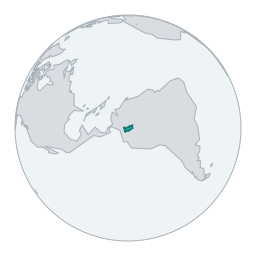 the Earth from above Caquetá, rotated 305°
{"feature_id": "COL-1403", "entity_name": "Caquetá", "entity_type": "Intendancy", "adm_level": 1, "iso_a3": "COL", "parent_name": "Colombia", "parent_adm1": "", "projection": "orthographic", "projection_center": [-73.824, 1.133], "detail": "fine", "context": "on_globe", "style": "filled", "palette": "teal", "viewbox_px": 256, "rotation_deg": 305, "n_neighbors": 0, "source": "natural_earth", "source_scale": "10m", "svg_char_len": 8655}
<svg xmlns="http://www.w3.org/2000/svg" viewBox="0 0 256 256"><g transform="rotate(305 128 128)"><circle cx="128" cy="128" r="113" fill="#eef3f6" stroke="#a8b0b8"/><path d="M81.9,25.2L82.4,25.1L86.4,23.3L86.6,23.3L92.3,21.4L92.0,23.3L97.4,22.3L103.1,24.7L104.9,23.8L108.1,24.6L111.4,23.9L111.5,24.9L114.0,23.6L113.2,22.8L114.1,22.1L115.9,21.7L116.4,22.8L115.5,23.1L116.6,23.3L116.1,24.0L117.4,23.4L117.8,25.0L120.1,23.0L122.7,23.9L122.2,25.1L118.7,25.5L108.9,30.6L107.3,32.6L108.6,34.6L118.5,36.8L118.3,39.1L120.5,41.6L122.3,39.9L121.2,37.4L125.1,35.3L123.2,32.8L124.5,31.7L124.1,29.3L128.0,29.2L132.0,30.5L132.6,32.7L134.4,33.4L137.0,31.2L141.0,35.5L148.9,39.0L149.5,40.4L145.2,42.8L137.3,42.9L131.7,47.4L139.2,44.1L140.7,48.2L142.5,48.9L144.7,48.7L145.7,47.1L147.0,48.6L140.0,52.0L138.7,50.7L140.9,49.5L137.3,49.7L132.6,52.7L133.7,54.8L125.4,58.1L126.1,59.8L124.7,61.7L124.1,58.6L125.0,64.3L115.4,71.1L116.4,82.0L111.2,73.7L106.8,72.9L101.5,73.3L101.6,75.0L94.5,74.0L88.0,78.0L85.6,86.9L87.9,93.6L95.8,93.6L98.2,89.6L104.0,88.7L99.8,99.2L109.9,100.5L108.8,108.5L111.8,112.6L116.9,111.4L122.1,113.3L125.9,108.5L132.0,105.9L132.1,112.4L135.5,106.4L138.9,109.6L150.9,109.2L150.0,110.7L160.1,118.4L171.0,121.8L173.5,126.6L172.2,129.6L176.0,130.5L176.0,132.4L190.7,135.5L197.9,140.5L197.6,147.3L191.2,155.2L184.7,171.8L173.1,177.2L169.7,183.8L159.8,193.3L152.8,192.6L154.4,197.3L150.1,200.1L145.5,200.3L144.3,203.6L140.9,203.6L142.9,205.8L137.0,209.9L138.3,213.3L133.8,216.6L134.8,218.5L133.2,218.5L131.5,219.2L131.3,220.2L126.6,218.4L125.7,214.0L127.6,211.8L125.5,211.4L129.6,205.6L127.3,206.8L128.4,197.8L132.0,190.3L134.8,168.2L132.4,163.7L123.8,158.6L113.5,142.2L116.3,135.4L114.1,132.3L121.5,122.7L119.5,113.9L116.9,112.7L114.3,116.0L105.2,110.7L102.1,104.2L75.0,94.5L72.4,91.4L72.6,86.1L65.3,70.1L67.7,85.3L64.5,82.5L62.3,77.1L64.0,75.6L63.0,67.9L60.4,65.3L61.7,56.2L69.7,45.0L70.3,46.5L72.2,44.0L71.6,42.1L70.7,41.5L76.4,33.0L75.5,29.9L71.5,31.5L75.3,29.5L65.3,34.8L62.4,36.4L67.9,33.1L70.3,31.7L69.5,31.8L71.7,30.5L72.6,29.9L75.3,28.5L78.3,27.0L80.1,26.2L79.4,26.4L80.4,25.9L81.9,25.2ZM22.5,91.8L23.4,89.3L23.1,90.7L22.5,91.8ZM23.7,87.9L23.4,88.7L23.6,88.0L23.7,87.9ZM23.7,87.5L23.7,87.8L23.6,87.7L23.7,87.5ZM115.7,85.8L127.3,91.0L120.7,91.8L122.0,90.8L119.1,88.6L113.6,86.7L107.8,88.0L115.7,85.8ZM23.8,86.2L23.9,85.8L24.0,85.6L23.8,86.2ZM121.0,79.6L119.0,79.2L120.9,79.1L121.0,79.6ZM70.0,41.6L71.3,42.2L71.1,44.6L69.7,44.1L70.0,41.6ZM70.8,37.7L72.1,37.4L69.8,39.8L69.8,39.2L70.8,37.7ZM68.2,33.3L68.9,33.2L67.4,33.8L68.2,33.3ZM72.2,30.1L72.0,30.3L72.2,30.1ZM122.0,29.6L123.0,29.5L122.6,30.0L122.0,29.6ZM120.8,28.7L119.5,29.4L118.8,29.2L119.6,28.7L120.8,28.7ZM122.5,28.0L117.6,28.6L116.4,28.1L118.3,26.2L122.5,28.0ZM112.2,22.8L113.1,23.5L110.6,23.3L112.2,22.8ZM110.4,22.8L101.8,23.8L101.4,22.8L104.4,22.5L102.6,21.7L106.6,20.6L108.6,20.9L108.0,21.7L110.0,20.7L110.4,22.8ZM114.2,21.7L112.5,21.9L112.1,21.0L115.4,20.4L114.5,20.9L114.2,21.7ZM100.1,22.1L100.3,21.4L103.7,20.3L104.3,20.0L106.7,20.5L100.1,22.1ZM115.5,20.9L117.1,20.2L119.0,20.4L115.9,21.5L115.5,20.9ZM110.5,21.0L110.5,20.6L111.6,20.6L110.5,21.0ZM126.6,21.1L124.5,21.1L124.1,20.5L126.6,21.1ZM117.6,20.0L116.9,19.9L116.6,19.8L118.0,19.4L117.6,20.0ZM108.9,19.8L110.3,19.6L108.1,19.5L110.5,18.9L111.7,19.4L112.2,18.9L113.0,18.8L113.1,19.5L108.9,19.8ZM118.3,18.7L120.6,19.4L124.5,19.4L124.9,19.8L118.6,19.9L118.3,18.7ZM115.2,19.0L117.2,18.9L116.8,19.4L115.1,19.8L115.2,19.0ZM111.8,18.3L107.7,19.1L111.8,18.3ZM119.5,18.5L118.9,18.3L119.8,18.4L119.5,18.5ZM114.2,18.2L112.8,18.5L112.7,18.3L114.2,18.2ZM118.9,17.9L119.6,18.1L118.6,18.3L118.9,17.9ZM116.8,18.0L117.0,17.7L117.7,18.3L116.2,18.1L116.8,18.0ZM114.4,18.0L113.8,18.0L115.0,18.0L114.4,18.0ZM122.5,17.0L123.7,17.7L121.3,18.2L120.5,17.4L122.5,17.0ZM134.3,222.2L127.0,219.1L131.1,220.5L134.2,218.9L137.9,221.2L134.3,222.2ZM143.2,217.9L146.6,217.0L147.4,217.5L145.2,218.3L143.2,217.9ZM210.0,50.8L206.5,47.4L208.7,49.7L212.9,53.9L213.8,55.0L213.7,54.9L216.8,58.7L214.2,55.6L207.9,49.5L208.1,51.5L213.8,61.3L212.8,62.6L209.6,61.2L202.3,51.9L205.2,50.2L202.7,47.4L197.5,43.9L198.9,43.9L197.1,42.5L197.8,41.9L194.3,38.2L194.3,37.6L188.6,33.6L187.9,32.9L191.4,35.4L193.9,37.0L193.6,36.4L202.1,43.2L210.0,50.8ZM178.9,27.5L179.6,27.9L182.0,29.2L183.3,29.9L185.7,31.2L190.8,34.5L191.9,35.4L184.9,31.1L185.7,32.1L179.9,28.8L166.8,22.3L166.8,22.2L178.9,27.5ZM227.7,180.3L228.3,179.3L235.6,160.5L238.1,151.6L239.2,144.9L239.7,130.5L239.8,122.2L239.2,118.9L238.5,120.0L237.6,116.2L236.9,116.2L230.5,120.4L226.8,115.6L218.5,100.6L218.5,94.1L215.5,87.2L212.7,62.9L215.4,63.7L216.9,59.9L217.7,60.5L221.1,65.6L224.3,69.6L228.3,76.8L231.8,84.3L234.7,92.0L237.1,100.0L238.9,108.0L240.0,116.2L240.6,124.5L240.5,132.8L239.9,141.0L238.6,149.2L236.8,157.3L234.3,165.2L231.3,172.9L227.7,180.3ZM217.5,74.5L218.5,76.5L217.5,74.5ZM151.3,109.1L152.7,110.4L150.8,110.4L151.3,109.1ZM119.8,94.5L122.3,94.6L123.6,95.5L121.7,95.9L119.8,94.5ZM140.5,94.3L143.3,94.9L140.4,95.4L140.5,94.3ZM129.2,91.7L138.2,94.2L132.5,96.1L126.8,94.7L130.8,94.1L129.2,91.7ZM119.8,83.2L121.3,83.6L120.9,84.7L119.8,83.2ZM122.4,79.6L121.8,79.7L121.1,78.8L122.4,79.6ZM141.1,48.0L141.7,47.7L143.9,47.9L142.9,48.6L141.1,48.0ZM153.6,45.0L155.4,47.5L153.4,46.0L152.3,47.2L146.8,45.9L149.6,41.0L149.3,43.3L153.6,45.0ZM140.1,43.2L143.4,44.3L139.7,43.3L140.1,43.2ZM186.9,36.1L188.6,36.7L190.5,38.4L190.5,40.1L187.7,37.6L186.9,36.1ZM190.6,37.3L183.6,33.1L183.4,32.2L184.7,33.4L185.2,33.2L187.5,35.1L194.0,38.7L196.1,40.5L194.9,42.1L194.2,40.4L192.6,39.8L190.6,37.3ZM166.4,27.0L163.4,26.0L166.7,25.2L169.1,26.3L169.3,27.8L166.5,27.4L166.4,27.0ZM127.0,24.9L125.6,25.1L125.4,24.7L126.5,24.2L127.0,24.9ZM125.7,21.1L132.8,23.5L131.6,23.9L137.2,25.3L136.2,26.9L132.6,25.8L136.0,28.3L132.4,28.0L135.1,29.7L127.2,27.2L124.0,27.2L127.9,26.5L128.9,25.0L128.4,24.4L124.6,22.8L118.3,22.6L118.3,21.4L120.0,20.6L121.5,20.5L121.0,21.2L123.3,20.5L123.8,21.5L125.7,21.1ZM139.4,16.5L138.2,16.6L143.0,16.8L143.5,17.3L144.0,17.3L145.8,17.8L148.9,18.6L148.6,18.8L149.9,19.0L151.1,19.5L152.8,19.9L152.9,20.5L155.0,21.2L153.8,21.1L157.4,22.2L154.8,21.7L156.1,22.5L158.0,22.6L154.2,26.3L154.6,28.8L156.5,31.3L151.7,30.6L146.9,28.0L142.8,25.0L143.1,22.9L140.9,23.2L140.3,22.3L142.3,22.5L138.9,21.8L139.0,21.2L135.4,19.5L130.5,19.2L129.1,18.8L131.0,18.6L128.2,18.3L130.9,17.7L130.0,17.4L131.7,16.8L136.0,16.9L134.6,16.6L135.8,16.3L139.4,16.5ZM123.2,16.8L128.2,16.4L131.0,16.6L126.9,17.7L127.4,18.1L124.8,19.2L120.9,19.0L122.0,18.7L122.1,18.3L123.3,18.5L122.5,18.1L123.9,17.7L123.7,17.4L125.4,17.3L123.2,16.8ZM216.4,58.6L216.6,58.7L216.5,58.3L218.4,60.9L216.4,58.6ZM212.2,54.4L212.1,54.0L214.8,57.1L214.5,57.1L212.2,54.4ZM209.8,51.4L211.9,53.8L210.6,52.5L209.8,51.4ZM191.1,35.0L190.7,34.6L191.5,35.1L192.8,36.1L191.1,35.0ZM153.7,18.3L152.6,18.1L151.9,18.0L148.1,17.3L147.5,17.1L149.5,17.4L153.7,18.3ZM151.4,17.8L150.9,17.7L151.0,17.7L151.4,17.8ZM147.0,17.0L146.9,17.0L146.8,16.9L147.0,17.0Z" fill="#d9dde1" stroke="#a8b0b8" stroke-width="1"/><path d="M125.4,125.3L125.4,125.2L125.6,125.1L125.7,124.9L125.6,124.7L125.8,124.5L125.8,124.4L126.1,124.5L126.3,124.5L126.4,124.8L126.5,124.8L126.4,125.4L126.4,125.5L126.5,125.9L126.6,126.0L126.4,126.2L126.4,126.3L126.5,126.4L126.5,126.5L127.8,127.0L128.1,127.0L128.3,127.0L128.5,127.4L128.6,127.5L128.8,127.7L128.8,127.8L128.9,128.0L129.1,128.1L129.2,128.3L129.3,128.3L129.5,128.4L129.7,128.2L129.8,128.2L129.9,127.9L130.0,127.9L130.1,128.0L130.1,127.9L130.3,127.9L130.4,128.0L130.5,128.1L130.8,128.2L130.8,128.3L130.9,128.5L131.0,128.5L131.1,128.8L131.3,128.8L131.5,128.9L131.6,129.0L131.7,129.3L131.8,129.3L131.9,129.5L132.0,129.5L132.4,129.8L132.5,129.9L132.8,129.9L132.9,130.0L132.7,130.1L132.3,130.3L132.2,130.4L132.1,130.5L131.9,130.7L131.6,130.7L131.4,130.8L131.2,131.0L131.1,131.3L130.9,131.5L130.9,131.4L130.7,131.3L130.6,131.5L130.4,131.5L130.2,131.3L129.8,131.4L129.6,131.3L129.4,131.4L129.2,131.4L129.0,131.2L128.9,131.2L128.9,131.3L128.7,131.3L128.5,131.2L128.4,131.1L128.2,131.0L127.9,131.0L127.7,130.9L127.5,130.7L127.4,130.7L127.2,130.7L126.9,130.5L126.8,130.4L126.8,130.5L126.7,130.5L126.7,130.4L126.6,130.5L126.5,130.4L126.4,130.3L126.3,130.2L126.3,129.9L126.2,129.8L125.8,129.7L125.7,129.7L125.7,129.4L125.5,129.2L125.4,129.3L125.3,129.2L125.2,128.9L125.1,128.7L125.0,128.8L124.8,128.8L124.7,128.7L124.4,128.5L124.2,128.6L123.9,128.4L123.9,128.2L123.7,128.2L123.4,128.0L123.2,128.0L123.2,127.9L123.2,127.6L123.2,127.4L123.3,127.3L123.4,127.2L123.6,127.1L123.8,127.2L124.0,126.9L124.2,126.7L124.3,126.6L124.5,126.4L124.6,126.2L124.8,126.0L124.8,125.9L125.0,125.7L125.2,125.3L125.3,125.2L125.4,125.3L125.4,125.3Z" fill="#14b8a6" stroke="#0f766e" stroke-width="1.5"/></g></svg>